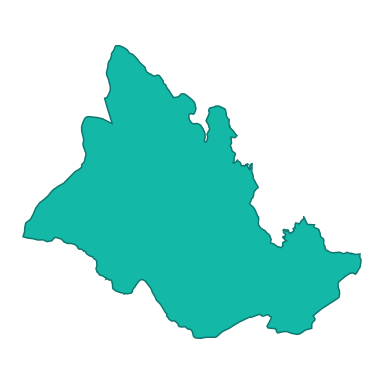 Sopotu Nou, Caras-Severin, Romania
{"feature_id": "2599482B45172043222340", "entity_name": "Sopotu Nou", "entity_type": "district", "adm_level": 2, "iso_a3": "ROU", "parent_name": "Romania", "parent_adm1": "Caras-Severin", "projection": "albers", "projection_center": [21.877, 44.803], "detail": "fine", "context": "isolated", "style": "filled", "palette": "teal", "viewbox_px": 384, "rotation_deg": 0, "n_neighbors": 0, "source": "geoboundaries", "source_scale": "gbopen_adm2", "svg_char_len": 6006}
<svg xmlns="http://www.w3.org/2000/svg" viewBox="0 0 384 384"><path d="M311.7,328.4L311.9,323.3L314.8,320.1L315.0,318.6L313.1,315.9L321.5,308.9L337.8,298.3L339.0,297.2L339.5,294.5L339.5,291.7L339.4,290.5L338.2,287.7L338.0,284.0L338.8,281.8L345.7,276.0L349.1,273.9L350.5,273.2L353.4,272.9L355.0,274.2L355.9,273.8L356.8,272.6L358.6,269.4L359.8,267.7L360.2,266.6L360.7,263.4L361.0,259.5L359.7,257.2L360.0,254.0L355.8,254.5L352.1,253.5L351.4,253.8L351.3,253.3L348.6,253.2L348.0,252.5L347.4,252.4L346.3,252.6L344.0,253.8L339.3,252.2L333.1,252.8L330.0,252.3L328.6,251.2L326.1,250.0L325.3,248.9L325.0,246.6L324.6,245.5L323.7,244.7L323.8,240.9L323.6,239.3L322.8,238.3L321.2,237.3L320.6,236.3L319.8,232.2L319.1,231.1L319.1,230.1L318.2,229.0L314.5,227.7L313.8,227.1L313.7,226.2L314.4,224.8L307.4,224.4L304.8,218.9L304.8,218.5L304.0,217.5L303.8,216.8L303.6,216.9L303.8,218.8L302.3,219.9L301.1,221.2L300.6,221.8L300.4,222.7L299.1,223.9L298.6,223.5L298.1,223.6L295.8,222.9L295.5,223.5L295.0,224.9L295.3,225.6L294.9,226.6L295.2,227.8L293.5,228.2L293.1,228.7L294.1,230.7L292.5,231.8L291.9,232.6L291.3,232.6L290.0,233.6L289.9,232.9L289.1,232.4L288.5,231.5L288.5,230.3L288.3,230.1L287.1,229.9L287.0,230.9L286.6,231.4L286.1,231.1L285.8,230.1L284.5,229.4L283.9,229.4L283.1,230.1L283.1,230.4L283.8,230.9L283.9,231.3L283.5,232.2L284.0,233.1L285.5,233.9L285.7,234.3L285.5,235.2L285.0,235.9L285.2,236.7L285.0,237.2L284.3,237.1L283.2,236.4L282.8,237.4L284.4,239.0L284.6,239.6L285.4,239.8L286.4,240.7L285.5,240.8L285.3,241.5L283.9,241.8L282.7,242.9L282.8,246.2L282.4,246.3L281.2,247.7L278.9,246.9L278.0,247.0L273.4,243.7L270.5,243.0L270.9,240.0L271.2,239.7L269.6,235.3L268.4,234.1L266.7,232.8L265.3,230.9L260.8,228.2L258.5,224.9L258.3,223.1L258.7,218.6L258.6,217.1L257.6,216.1L255.1,209.9L252.8,206.5L251.8,206.0L249.6,203.9L250.8,201.1L251.3,199.2L252.7,198.0L253.0,196.8L253.6,195.3L253.6,194.0L254.0,192.2L254.6,191.0L255.3,190.4L256.6,188.6L258.1,187.8L257.9,186.5L255.8,183.1L255.2,181.6L254.3,180.3L253.2,177.9L253.1,175.5L251.8,171.9L251.8,170.0L252.0,169.0L252.0,166.4L251.8,165.8L252.1,164.9L252.1,163.7L251.6,163.8L249.9,165.4L249.9,167.0L250.3,168.3L250.2,168.9L249.7,169.7L249.1,169.4L249.0,168.8L247.1,165.6L247.1,165.1L248.1,164.6L247.6,163.9L245.7,164.6L245.0,166.3L243.6,165.5L242.6,165.6L242.0,165.9L241.4,165.8L241.1,165.4L240.8,163.6L240.0,162.3L238.7,161.5L237.3,160.1L235.8,162.1L233.4,163.0L233.0,162.5L233.7,161.6L234.1,160.4L234.1,157.6L235.4,154.4L235.2,153.6L234.7,152.8L232.2,151.2L231.2,147.3L230.5,146.3L230.4,145.0L231.3,143.7L231.5,143.0L231.2,138.7L230.8,137.3L235.0,137.6L235.9,136.9L237.0,135.6L237.0,135.4L235.5,134.2L233.8,131.5L229.6,127.1L230.1,127.0L229.8,125.6L228.9,124.1L229.2,119.6L227.7,118.4L226.4,116.1L226.1,113.0L225.5,110.1L225.0,109.0L220.1,106.6L218.3,106.0L217.0,106.0L215.3,106.2L214.2,107.1L210.3,107.8L209.1,109.0L208.7,111.1L209.3,112.4L209.1,113.8L206.1,120.7L206.7,122.1L208.0,124.0L208.7,125.7L209.1,127.7L209.8,129.2L208.4,131.4L206.9,134.6L207.8,136.1L207.3,139.6L206.1,142.1L205.3,142.1L204.6,141.3L204.3,140.2L204.9,138.6L205.1,136.8L205.0,135.4L205.0,133.9L204.3,131.6L203.0,128.8L200.8,125.4L199.2,124.3L197.0,123.5L193.2,123.8L191.6,122.9L189.5,120.0L188.8,117.0L188.8,115.1L190.5,113.5L193.4,114.2L194.3,113.4L196.0,109.0L195.0,104.1L194.3,102.3L191.8,99.5L186.2,95.0L184.2,93.9L182.4,93.8L180.8,94.2L178.5,96.8L173.8,97.6L172.5,96.1L168.6,89.9L167.3,88.5L165.4,84.6L164.1,84.0L163.3,82.8L163.3,81.1L159.8,76.2L158.8,75.3L158.1,75.2L157.3,75.2L154.2,76.1L153.3,75.9L152.2,75.3L151.6,74.5L150.2,74.1L147.0,72.2L145.7,69.9L145.1,67.4L139.6,62.4L137.5,59.3L133.7,55.3L132.1,54.1L129.5,53.2L127.4,50.0L124.5,48.0L121.1,46.3L119.1,45.7L115.6,45.9L114.7,47.7L114.2,49.6L111.5,53.6L111.5,55.4L110.5,59.3L109.4,60.5L108.6,61.9L108.0,64.5L107.8,67.2L106.5,72.3L106.6,74.7L108.6,79.6L110.2,86.4L110.3,90.0L108.9,93.9L106.9,97.5L104.6,98.3L107.9,109.8L111.5,121.2L112.0,123.6L102.3,118.7L97.5,117.6L88.7,116.6L86.5,117.0L84.7,118.7L83.3,121.6L82.2,124.6L81.6,127.2L81.7,131.1L83.7,139.4L83.6,141.1L83.0,142.8L83.1,145.5L86.1,153.8L84.5,161.0L83.6,162.6L81.7,164.6L81.6,167.3L78.5,169.7L74.9,171.8L63.6,183.3L58.3,186.2L53.3,189.7L50.7,192.4L48.5,195.4L44.2,199.3L39.6,202.9L35.7,208.2L33.4,213.8L30.6,219.2L25.7,223.0L24.8,227.5L24.5,232.0L23.0,236.7L26.9,237.9L33.5,238.8L37.9,240.0L42.9,239.8L47.3,241.7L52.1,240.6L52.8,239.4L55.0,237.4L56.4,237.5L59.9,238.7L61.6,239.1L62.8,240.7L64.4,242.3L65.8,242.4L66.9,243.3L67.9,243.5L70.7,243.4L72.5,243.8L75.6,244.9L77.5,246.8L77.7,247.7L78.7,248.9L79.8,249.2L81.3,249.1L82.3,249.7L83.6,251.1L84.5,250.8L86.0,252.7L86.4,253.6L89.3,255.7L92.4,256.8L94.5,259.1L96.0,259.9L96.7,261.7L96.9,265.7L96.0,268.6L97.0,272.0L97.9,272.3L98.7,273.9L99.7,274.9L100.4,275.3L102.7,275.8L104.8,277.4L106.3,277.9L106.4,278.5L106.0,279.2L107.4,278.8L108.9,279.8L109.1,280.1L110.8,280.0L111.3,280.2L111.9,281.7L112.1,283.1L112.4,283.2L112.6,283.7L112.4,284.7L112.8,288.4L113.2,289.0L114.4,289.7L115.1,290.6L120.8,292.8L122.8,292.8L123.8,294.0L125.9,293.6L127.3,293.8L131.2,293.1L131.4,292.6L132.3,292.0L132.5,291.3L132.4,290.4L132.6,289.8L134.8,287.1L135.7,285.5L138.8,281.2L140.3,279.9L143.0,279.6L144.8,280.8L145.5,281.5L148.3,285.0L151.2,288.9L152.3,292.2L154.9,296.5L156.4,300.1L160.5,304.3L165.5,312.7L166.9,313.9L166.6,316.0L167.8,317.2L169.0,319.2L171.8,321.1L174.0,320.7L175.6,321.6L177.7,323.6L178.4,324.6L178.4,325.5L179.1,326.5L181.7,327.0L184.3,326.7L186.2,327.2L186.8,328.2L188.3,329.2L189.2,329.1L190.8,329.6L192.3,331.6L193.5,336.3L194.1,337.0L195.5,337.9L200.9,338.3L205.7,337.3L215.2,337.2L216.5,336.8L222.5,331.5L229.3,328.2L234.5,324.9L239.8,321.8L249.5,317.1L251.1,317.3L258.7,314.6L260.0,314.4L261.4,315.6L262.6,316.1L264.8,315.7L266.6,314.7L268.7,315.1L269.8,316.3L271.3,316.9L271.1,318.5L267.0,326.4L268.1,328.0L274.4,328.6L276.2,329.4L276.5,331.7L277.7,332.9L282.6,331.8L286.6,331.5L291.8,333.4L297.3,334.4L299.7,333.9L302.2,332.4L304.4,330.7L306.6,329.6L311.7,328.4Z" fill="#14b8a6" stroke="#0f766e" stroke-width="1.5"/></svg>